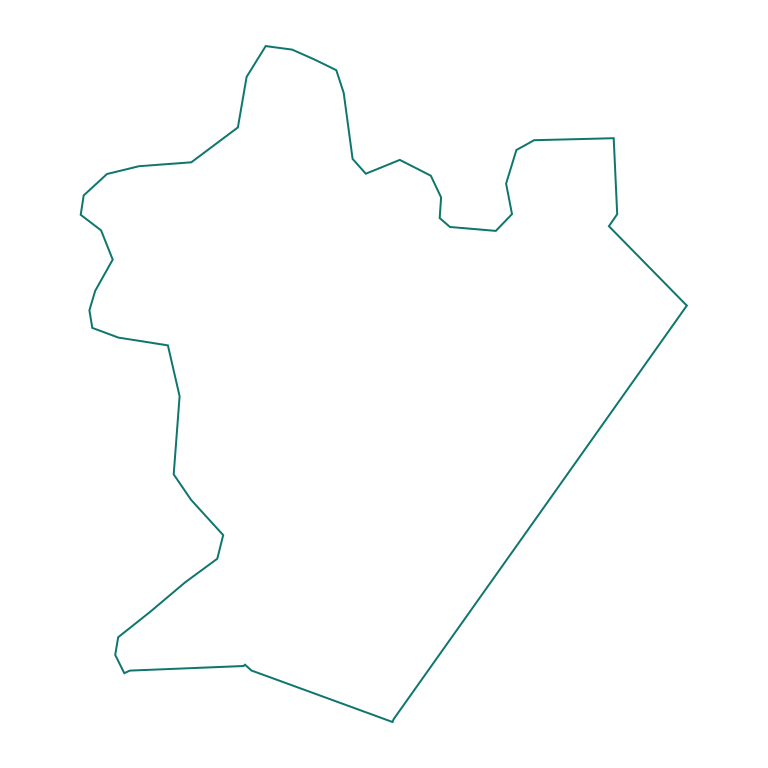 outline of Karlsborg, Västra Götaland, Sweden
{"feature_id": "70781695B19460929055016", "entity_name": "Karlsborg", "entity_type": "district", "adm_level": 2, "iso_a3": "SWE", "parent_name": "Sweden", "parent_adm1": "Västra Götaland", "projection": "natural_earth1", "projection_center": [14.477, 58.607], "detail": "fine", "context": "isolated", "style": "outline", "palette": "teal", "viewbox_px": 768, "rotation_deg": 0, "n_neighbors": 0, "source": "geoboundaries", "source_scale": "gbopen_adm2", "svg_char_len": 812}
<svg xmlns="http://www.w3.org/2000/svg" viewBox="0 0 768 768"><path d="M392.6,721.8L393.6,719.2L537.9,515.8L687.3,304.9L686.5,305.3L608.9,226.2L617.2,214.2L613.7,138.2L586.9,138.9L534.1,140.2L516.4,150.0L506.1,183.6L512.0,214.1L495.8,230.9L450.0,227.0L439.7,218.1L441.1,197.4L430.8,175.7L399.8,159.9L365.8,173.7L352.6,158.9L343.7,92.9L336.3,70.2L314.2,59.4L292.1,49.6L265.7,46.1L246.6,76.9L237.9,127.4L191.3,162.3L139.0,166.2L107.0,174.0L83.7,195.4L80.7,214.8L101.1,230.4L112.7,259.6L95.2,290.8L89.4,310.3L92.3,327.9L118.4,337.6L167.9,345.4L179.6,396.2L176.7,434.7L173.7,474.4L191.1,499.9L223.2,535.1L217.3,558.7L185.3,582.2L150.3,611.7L118.2,637.2L115.2,654.9L124.3,673.2L129.8,670.6L243.5,666.0L245.0,664.7L251.4,670.5L392.2,721.9L392.3,721.7L392.6,721.8Z" fill="none" stroke="#0f766e" stroke-width="2"/></svg>